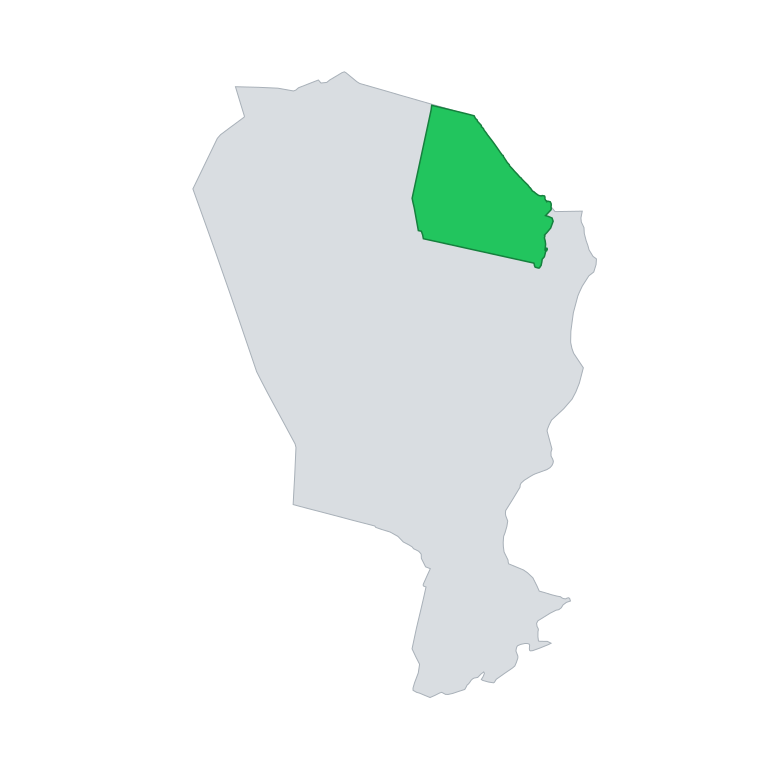 location of N'Gourti, Diffa, Niger, rotated 282°
{"feature_id": "23599985B32057380818540", "entity_name": "N'Gourti", "entity_type": "district", "adm_level": 2, "iso_a3": "NER", "parent_name": "Niger", "parent_adm1": "Diffa", "projection": "orthographic", "projection_center": [13.567, 16.185], "detail": "fine", "context": "in_parent", "style": "filled", "palette": "green", "viewbox_px": 768, "rotation_deg": 282, "n_neighbors": 0, "source": "geoboundaries", "source_scale": "gbopen_adm2", "svg_char_len": 4478}
<svg xmlns="http://www.w3.org/2000/svg" viewBox="0 0 768 768"><g transform="rotate(282 384 384)"><path d="M594.3,542.0L587.4,542.1L583.5,543.3L578.5,547.1L572.9,548.6L566.1,552.0L561.9,554.6L557.8,556.7L552.3,561.9L550.5,565.8L544.9,566.6L537.2,565.9L532.4,561.9L521.0,557.6L513.7,555.9L510.3,555.3L493.0,554.4L474.5,555.8L465.0,557.6L463.3,558.0L457.9,560.4L453.5,563.1L441.3,575.6L425.5,574.9L416.1,573.3L408.3,571.1L397.1,564.9L383.6,555.4L378.3,554.0L373.5,553.2L371.9,553.3L355.3,561.8L352.1,561.5L348.2,562.4L345.6,564.6L343.7,565.7L341.8,565.8L339.2,565.2L336.7,563.8L334.2,561.2L327.7,550.8L326.4,549.0L323.6,545.9L318.9,541.1L315.7,538.8L313.7,538.2L311.3,538.5L298.3,534.0L285.4,529.3L282.5,529.7L280.4,530.5L275.7,533.5L270.4,533.8L263.6,533.3L259.9,532.7L253.9,533.5L249.9,534.5L244.6,536.4L237.6,541.9L235.6,542.5L234.0,543.4L231.1,559.1L229.1,563.8L225.4,569.9L218.4,575.5L213.7,578.9L213.4,583.8L212.7,591.8L212.5,597.3L212.6,600.9L211.8,602.5L211.4,604.1L211.6,606.4L212.7,607.6L213.3,609.1L212.8,610.2L210.5,611.5L208.3,607.8L205.2,605.1L201.9,603.9L199.6,601.9L198.5,599.3L194.3,594.1L184.4,583.8L183.3,583.5L181.7,583.0L178.7,584.1L176.9,585.6L175.6,586.1L173.7,586.1L168.8,587.1L164.8,588.5L164.7,589.8L166.2,597.3L165.2,601.3L163.5,599.3L158.2,591.5L154.6,585.7L153.9,584.4L153.4,582.5L153.9,581.7L155.4,581.2L159.0,580.7L159.7,580.1L160.0,578.6L159.5,575.8L157.7,571.8L155.8,569.1L154.6,568.6L152.5,568.4L150.2,568.6L145.7,571.5L143.8,571.9L139.3,571.4L135.4,570.6L133.0,568.8L126.1,562.2L118.5,555.2L115.2,554.0L114.5,553.3L114.2,548.2L114.6,542.2L115.2,540.6L118.4,541.8L121.9,542.4L123.1,541.4L120.4,539.1L116.5,536.7L115.1,533.3L114.0,532.0L112.3,530.8L110.2,530.0L108.2,529.0L106.8,527.9L104.5,527.3L102.0,526.5L98.8,520.9L95.6,515.5L93.7,511.3L93.2,508.7L94.4,504.6L93.5,502.9L89.9,498.4L86.9,494.2L88.0,488.2L89.0,483.1L89.2,479.9L89.8,478.1L90.4,476.1L92.5,475.6L98.0,476.0L108.5,477.6L117.0,477.1L117.5,476.9L123.8,471.8L130.8,466.5L140.8,466.5L151.6,466.5L160.1,466.7L172.5,467.0L182.5,467.2L194.2,467.3L194.6,464.7L195.4,464.1L196.5,464.1L205.0,465.9L213.0,467.7L213.8,462.7L221.2,456.8L225.2,455.8L226.2,454.7L227.6,452.7L228.5,449.5L229.0,447.2L230.6,445.3L231.8,441.8L233.5,435.7L237.8,429.4L240.5,420.7L241.2,412.2L242.0,405.8L243.2,404.5L243.7,393.1L244.2,381.5L244.7,371.8L245.3,359.6L245.8,349.0L246.3,337.4L246.8,327.1L247.2,320.2L255.3,318.9L263.6,317.6L275.9,315.7L289.1,313.5L303.6,311.1L306.9,309.5L318.1,300.0L323.2,295.7L333.3,287.1L341.0,280.5L350.9,272.1L361.2,263.6L369.5,256.9L382.3,249.3L401.6,237.8L420.9,226.3L440.1,214.8L459.2,203.2L478.3,191.6L497.3,179.9L516.2,168.2L535.1,156.5L553.8,161.1L571.7,165.5L589.6,169.9L593.9,172.3L603.5,180.7L615.8,191.6L616.3,191.8L616.9,191.8L628.6,185.3L643.9,176.9L648.1,199.5L651.3,218.8L651.7,231.2L651.8,234.5L653.1,236.6L656.0,238.8L667.7,256.6L665.3,259.8L667.1,265.3L670.1,267.7L679.8,278.2L681.1,280.3L680.6,282.0L674.0,294.7L672.9,297.8L671.8,313.8L671.0,325.2L669.8,340.7L668.5,359.4L667.4,375.1L665.9,395.9L664.5,415.6L654.8,426.5L637.3,445.8L623.1,461.5L615.9,471.9L601.9,492.3L595.6,505.5L590.7,512.4L588.2,515.4L590.4,525.1L594.3,542.0Z" fill="#d9dde1" stroke="#a8b0b8" stroke-width="1"/><path d="M532.4,513.0L534.1,513.0L536.2,513.0L538.9,512.8L541.8,514.4L544.0,514.5L547.5,514.6L548.1,515.4L549.6,515.7L550.6,515.3L550.6,514.6L548.0,514.5L548.4,513.6L551.3,513.4L554.4,513.0L557.5,511.9L560.3,510.5L562.4,510.6L563.0,510.0L565.9,511.8L571.2,514.6L578.4,515.6L581.3,513.9L581.4,513.3L582.1,509.6L582.3,507.0L589.2,511.2L590.8,511.0L592.0,510.5L593.8,510.4L595.3,509.9L596.8,508.7L596.9,506.1L596.1,505.4L597.0,504.7L597.1,504.1L598.8,502.8L600.3,502.6L601.3,501.9L601.2,499.5L600.6,498.6L600.6,496.1L601.9,493.0L603.2,490.6L603.5,489.1L605.6,487.0L606.2,486.4L606.4,485.7L608.5,483.4L609.5,481.8L610.8,479.7L613.0,476.4L614.1,475.2L614.6,473.8L616.7,471.1L619.2,467.4L620.7,465.5L623.4,461.6L624.6,460.9L626.2,458.6L631.1,453.7L632.3,453.0L632.4,452.2L635.1,449.2L638.9,445.2L643.3,440.4L646.3,436.9L648.6,434.2L649.3,433.3L650.5,432.2L653.1,429.1L654.2,428.4L655.5,426.8L655.8,425.8L657.2,425.4L660.5,420.7L661.5,420.4L662.8,418.2L665.1,416.4L665.4,410.3L666.0,391.1L666.5,372.7L662.0,373.1L654.7,373.1L571.5,372.9L567.4,374.7L562.5,377.0L541.2,385.7L541.2,388.8L537.7,390.9L534.3,392.3L533.4,505.5L532.3,506.1L531.0,506.6L529.7,507.6L529.5,510.9L529.8,511.8L530.5,512.2L531.8,512.5L532.4,513.0L532.4,513.0Z" fill="#22c55e" stroke="#15803d" stroke-width="1.5"/></g></svg>